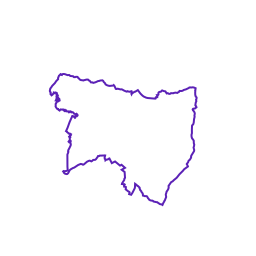 Viperesti, Buzau, Romania (Albers equal-area conic projection), rotated 325°
{"feature_id": "2599482B5774705795524", "entity_name": "Viperesti", "entity_type": "district", "adm_level": 2, "iso_a3": "ROU", "parent_name": "Romania", "parent_adm1": "Buzau", "projection": "albers", "projection_center": [26.456, 45.246], "detail": "fine", "context": "isolated", "style": "outline", "palette": "violet", "viewbox_px": 256, "rotation_deg": 325, "n_neighbors": 0, "source": "geoboundaries", "source_scale": "gbopen_adm2", "svg_char_len": 5666}
<svg xmlns="http://www.w3.org/2000/svg" viewBox="0 0 256 256"><g transform="rotate(325 128 128)"><path d="M128.0,198.7L132.3,197.1L134.0,197.3L135.5,197.0L139.3,196.7L143.7,195.4L148.3,194.6L150.3,194.0L155.0,193.9L155.3,192.8L155.4,191.3L155.6,191.1L157.5,190.6L158.5,189.8L159.1,189.5L160.2,189.5L162.0,188.8L163.0,188.1L163.5,187.3L164.1,186.9L168.5,185.0L169.0,184.7L169.6,184.0L170.5,181.6L171.7,180.7L172.8,179.5L173.1,178.4L174.0,176.9L174.5,176.3L174.7,174.7L174.5,173.4L175.0,171.8L176.0,170.1L177.4,168.9L179.3,166.1L181.8,162.8L182.2,162.6L183.5,162.4L184.9,161.3L187.3,158.5L188.6,157.4L189.1,156.9L189.4,156.1L190.9,154.6L191.3,153.8L191.5,152.8L191.5,151.8L191.4,150.7L191.6,149.9L191.9,149.7L192.3,149.6L193.1,149.9L193.9,150.4L196.0,150.3L196.1,150.1L196.0,149.3L196.3,148.8L196.2,148.0L198.1,146.0L199.4,145.2L199.9,143.9L200.7,143.5L201.6,142.5L201.7,142.0L201.5,141.0L201.9,140.2L202.0,139.6L203.5,137.3L204.6,136.0L204.6,135.7L205.5,135.0L206.2,134.2L205.1,132.5L204.2,131.7L202.8,131.0L202.4,130.5L201.9,130.2L201.4,130.0L200.8,130.1L197.7,129.6L195.4,128.8L194.1,128.8L192.9,128.3L191.5,127.2L190.3,127.7L189.5,127.5L188.6,127.6L187.1,126.2L185.4,125.5L185.0,125.5L183.2,124.1L182.4,124.2L181.6,123.9L181.2,123.6L180.7,122.5L180.4,122.1L179.6,122.0L179.5,121.4L179.6,120.1L179.7,119.7L179.6,119.4L178.4,118.2L177.5,116.8L175.7,117.1L174.3,116.4L173.3,116.5L172.7,117.1L172.3,117.9L172.0,118.1L171.5,118.2L170.6,117.7L170.4,118.7L169.7,119.5L168.9,118.9L168.6,118.8L168.0,119.0L167.6,119.7L167.4,119.7L166.8,119.3L161.4,114.8L160.3,113.6L158.9,111.2L158.4,109.6L158.0,107.4L157.9,106.5L157.8,102.6L154.7,102.4L154.2,102.1L151.3,102.0L151.0,102.0L150.3,102.4L150.4,101.9L151.9,100.4L152.0,99.9L149.9,99.1L148.6,97.5L148.1,97.6L147.7,97.4L146.3,95.2L145.3,93.1L144.9,92.6L144.0,92.1L142.1,89.9L141.0,89.5L140.5,89.1L140.4,88.8L140.7,87.7L141.0,85.5L140.9,84.7L140.6,84.8L140.0,84.6L137.1,83.0L136.1,82.0L135.2,80.7L134.7,79.6L134.6,79.3L134.9,78.4L134.5,76.3L134.7,75.2L134.4,74.3L132.5,73.2L131.3,72.9L130.4,72.4L127.6,71.9L125.4,71.1L125.1,70.3L123.8,69.4L123.7,67.4L123.2,66.6L123.1,65.6L122.9,65.3L121.5,64.4L120.2,64.0L119.5,63.6L118.9,63.6L116.8,61.6L116.3,60.6L116.2,59.2L115.9,58.3L116.0,57.3L115.9,57.1L114.7,56.2L113.8,56.0L112.9,55.3L112.9,54.6L112.6,54.3L112.6,54.0L110.7,52.4L110.5,52.1L110.4,51.3L110.2,50.8L108.9,50.1L108.0,48.9L107.5,48.1L106.6,47.1L105.7,46.5L105.0,46.3L104.6,46.2L104.2,46.6L103.8,46.2L103.8,45.4L103.7,45.2L102.3,45.5L101.4,45.6L99.3,47.0L98.8,47.9L96.1,48.4L93.8,49.3L90.1,50.0L88.4,50.7L87.0,51.1L85.3,52.7L85.0,53.3L84.9,53.6L85.1,54.4L85.0,54.6L84.7,55.2L84.0,55.6L84.1,57.4L85.3,57.4L85.8,57.1L86.7,57.2L87.5,56.4L88.0,57.2L88.6,57.1L89.0,57.3L89.6,58.2L89.7,58.6L88.9,59.0L89.3,59.8L89.2,60.5L88.8,60.1L88.1,60.6L88.2,60.9L88.2,62.2L87.8,61.5L87.3,61.5L87.1,62.2L86.6,62.5L86.6,62.9L84.7,64.0L85.3,64.5L85.8,64.5L85.9,64.2L86.6,64.0L87.3,64.4L87.8,64.3L88.0,64.7L88.3,64.9L88.2,65.1L87.8,66.1L87.4,65.9L87.0,66.2L85.7,66.1L84.7,65.8L83.8,66.1L83.3,66.6L82.9,66.6L82.5,66.8L81.9,67.8L81.0,68.9L80.9,70.4L81.0,71.8L81.7,72.4L81.5,73.3L82.0,74.5L83.0,74.2L83.6,74.2L84.1,74.8L85.5,75.6L85.5,75.9L85.3,76.1L85.4,76.3L85.7,76.6L86.3,76.6L86.6,76.8L86.3,77.4L85.8,77.9L85.9,78.0L86.1,78.1L86.5,78.0L87.0,77.5L87.5,78.2L87.2,79.1L87.7,79.6L88.7,80.2L88.6,81.3L88.9,81.4L89.8,81.0L90.4,81.3L90.8,82.1L90.4,82.4L90.4,82.5L90.7,82.8L91.0,82.7L91.3,82.9L91.9,83.6L91.9,83.9L92.1,84.4L92.0,85.3L92.6,86.1L93.4,87.0L94.0,86.9L94.2,87.9L94.1,88.6L93.6,88.9L92.7,89.0L91.9,88.4L91.8,88.1L91.6,88.0L91.3,88.6L90.6,89.3L90.4,89.3L90.3,88.2L89.9,87.4L89.8,86.7L89.3,86.2L83.5,89.7L78.7,93.1L75.5,95.0L75.7,95.3L75.7,95.9L75.9,96.1L75.8,96.6L76.3,98.0L76.2,98.5L77.3,99.4L77.7,100.4L76.8,100.7L76.6,100.6L76.4,100.7L76.2,101.1L76.4,101.3L75.9,101.5L75.7,101.4L75.7,101.2L75.0,101.3L75.0,101.5L75.5,102.1L75.4,102.5L74.8,102.6L74.6,102.3L74.4,103.1L73.7,104.2L73.2,104.5L71.5,105.1L71.6,105.8L73.1,105.8L73.5,105.9L73.4,106.1L72.3,107.0L72.1,107.2L72.0,108.2L71.6,108.8L71.0,109.4L68.2,111.0L66.7,111.7L66.4,112.0L65.6,112.6L65.6,113.1L65.2,113.6L63.1,115.0L56.1,125.1L54.4,128.0L53.5,128.0L52.1,127.5L50.7,126.6L50.5,126.3L50.0,126.4L50.1,126.8L49.8,127.8L50.2,129.3L51.1,130.4L51.8,130.8L53.0,130.7L56.1,129.1L57.5,129.0L59.8,129.2L61.4,129.6L65.9,129.7L68.6,130.3L69.6,131.3L70.1,132.3L71.0,132.5L75.2,132.1L76.3,132.3L77.6,132.6L78.1,133.0L78.8,134.3L79.7,134.4L81.2,134.2L82.8,135.2L83.8,135.2L86.7,134.2L87.3,133.8L88.3,134.4L89.0,134.4L92.3,136.6L92.8,136.8L93.5,137.4L91.7,139.0L91.5,139.6L91.3,139.9L91.5,140.5L91.0,141.5L92.0,141.4L92.3,141.7L93.7,142.2L94.6,142.1L95.3,142.3L94.6,147.5L98.2,148.0L99.9,154.2L101.6,154.4L102.7,158.9L98.9,158.6L100.0,162.1L97.2,166.7L97.0,167.1L96.0,167.4L95.7,167.8L95.1,168.4L91.3,170.0L90.9,170.4L91.2,170.6L91.9,171.5L92.7,171.8L92.9,172.4L91.7,173.0L91.2,173.8L92.4,175.0L91.9,175.9L90.9,176.9L91.8,179.9L92.4,181.1L92.4,181.7L91.0,182.8L92.3,184.5L94.5,183.6L99.0,181.2L99.9,180.3L101.8,177.8L102.4,179.6L102.5,180.9L103.0,181.5L103.0,182.0L103.3,183.5L102.8,184.1L102.7,185.3L102.4,185.7L102.6,187.5L102.4,187.9L102.4,189.2L102.5,189.8L102.4,190.3L101.5,191.9L102.0,192.3L102.2,192.9L102.6,193.4L103.9,194.3L104.3,194.8L104.3,195.8L104.1,196.9L104.3,197.8L104.2,198.8L104.7,199.9L105.5,200.9L106.1,201.3L106.4,201.6L106.7,202.2L106.7,202.8L108.9,205.2L109.5,205.7L109.6,206.4L110.0,207.2L110.3,208.3L110.7,208.9L111.6,209.7L112.1,210.8L114.4,209.4L115.6,209.0L116.1,208.5L117.1,208.2L117.8,207.6L118.8,207.0L119.7,206.4L120.7,204.3L121.2,203.8L121.7,203.5L123.2,202.2L124.5,201.8L126.3,200.9L127.3,199.9L128.0,198.7Z" fill="none" stroke="#5b21b6" stroke-width="2"/></g></svg>